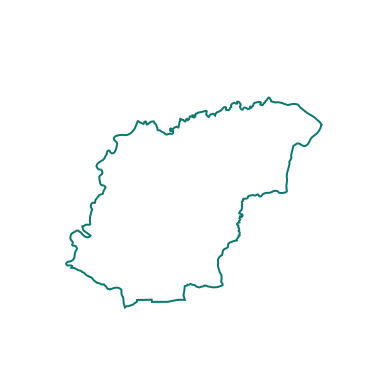 Agua De Dios, Cundinamarca, Colombia, rotated 321°
{"feature_id": "7082276B68693842592572", "entity_name": "Agua De Dios", "entity_type": "district", "adm_level": 2, "iso_a3": "COL", "parent_name": "Colombia", "parent_adm1": "Cundinamarca", "projection": "mercator", "projection_center": [-74.665, 4.372], "detail": "fine", "context": "isolated", "style": "outline", "palette": "teal", "viewbox_px": 384, "rotation_deg": 321, "n_neighbors": 0, "source": "geoboundaries", "source_scale": "gbopen_adm2", "svg_char_len": 6069}
<svg xmlns="http://www.w3.org/2000/svg" viewBox="0 0 384 384"><g transform="rotate(321 192 192)"><path d="M335.2,221.2L335.0,220.4L335.3,218.4L334.1,210.8L331.2,202.9L330.6,200.1L329.3,194.4L329.4,190.9L328.4,189.5L326.7,187.7L324.5,186.3L321.3,184.9L318.6,180.8L318.4,180.0L316.3,177.4L314.9,176.0L313.3,175.0L312.7,174.4L310.6,171.3L311.2,170.2L311.5,168.2L311.5,167.5L311.1,167.0L310.2,166.9L307.4,167.7L306.3,167.7L304.8,168.4L303.5,168.2L302.7,168.7L301.5,168.8L300.4,168.0L300.3,167.4L300.3,166.8L300.6,166.5L301.7,166.1L301.6,165.2L301.0,164.3L297.1,162.2L295.6,162.1L293.6,163.4L293.2,163.5L292.7,163.3L291.4,163.8L291.2,163.8L291.2,162.6L291.0,162.3L290.6,162.4L289.7,163.4L287.8,163.0L287.5,162.8L287.1,160.9L286.3,159.7L285.6,159.3L284.9,159.3L283.2,159.8L282.6,159.4L282.4,159.0L282.3,157.9L283.0,155.7L284.5,155.1L285.1,154.2L285.1,151.8L284.9,151.2L284.2,150.4L283.8,150.3L283.0,151.5L282.8,151.6L281.5,150.8L281.2,149.6L280.8,149.1L279.5,148.8L278.0,148.8L276.9,149.1L276.1,150.7L274.7,150.6L273.7,151.2L272.2,151.5L270.8,150.4L270.2,149.5L270.3,149.0L271.4,148.1L271.5,147.6L271.3,146.9L270.3,146.3L268.9,146.3L267.4,146.7L265.8,146.8L263.5,146.5L262.0,145.9L260.9,145.8L259.8,146.0L258.1,147.1L257.9,144.8L256.7,143.9L255.1,143.4L254.2,143.5L252.8,144.2L252.1,144.1L251.9,143.8L251.8,140.8L252.5,139.9L254.2,138.7L254.2,138.0L253.7,137.5L250.1,136.0L247.0,134.3L246.2,134.1L245.2,134.2L244.5,133.6L243.8,133.6L242.2,135.3L241.8,135.4L241.6,135.0L241.5,133.7L240.6,132.7L240.3,133.0L240.8,134.7L240.8,135.1L240.5,135.3L240.1,134.8L239.5,133.5L238.7,132.5L237.9,132.0L235.7,133.5L235.0,133.6L234.1,133.5L234.4,132.8L234.3,132.1L232.8,132.0L231.8,132.8L230.9,132.8L230.6,132.4L230.5,130.5L229.5,129.4L229.3,128.2L229.0,127.8L228.5,128.0L227.9,129.0L226.6,129.5L222.5,133.0L221.8,133.2L221.6,133.0L221.2,131.6L218.6,130.8L216.7,131.2L216.2,130.6L215.5,129.3L215.0,129.1L213.8,130.2L213.6,130.9L214.2,131.5L215.6,132.1L215.7,132.6L214.3,134.3L213.0,134.3L211.6,132.7L208.5,131.5L207.5,129.7L207.4,128.2L206.3,125.7L206.1,124.4L204.4,122.5L204.4,121.7L205.6,120.1L205.6,119.2L206.4,117.5L206.5,116.2L206.1,114.8L206.7,113.9L206.7,113.2L205.5,112.1L203.5,111.4L200.1,111.5L199.4,111.2L199.4,110.6L200.4,108.8L200.4,108.1L199.2,107.5L197.7,108.5L197.0,108.5L195.6,105.6L194.7,103.0L194.4,102.8L189.6,105.5L186.7,106.9L183.4,107.6L180.8,107.7L178.6,107.2L176.7,106.5L173.9,103.8L170.8,101.7L167.6,100.5L166.4,100.5L165.4,100.8L164.8,101.3L164.3,102.3L164.7,105.9L164.3,107.4L159.7,111.1L157.7,112.0L156.3,112.4L155.1,112.2L154.1,111.7L153.5,110.0L153.9,108.3L153.8,107.7L152.2,107.0L151.1,107.5L149.0,109.2L147.5,109.6L145.7,110.6L143.0,111.1L138.6,110.4L136.1,110.6L135.1,111.0L133.9,112.0L133.5,114.0L133.6,115.4L135.3,117.4L135.5,118.2L135.3,119.0L134.6,120.6L133.4,121.4L130.5,121.4L129.6,121.8L128.1,123.7L125.9,128.0L125.8,129.1L126.3,130.0L127.7,131.8L127.9,132.7L127.7,134.1L124.0,135.5L121.4,137.3L120.8,137.2L119.3,136.3L117.9,136.0L111.7,137.6L109.9,139.3L109.2,139.1L108.6,138.2L108.0,137.8L106.6,137.8L106.0,138.1L105.2,138.5L104.2,139.6L103.8,140.4L103.5,142.8L100.7,144.4L99.6,145.5L97.8,146.6L94.7,149.8L92.8,152.9L92.3,153.1L91.8,153.0L89.9,151.3L88.5,150.5L86.4,150.3L85.2,149.7L83.8,152.6L83.6,154.1L85.7,161.7L85.7,162.1L85.3,162.3L84.5,162.3L82.8,161.8L81.2,160.2L80.4,158.0L80.1,153.7L79.2,150.2L78.3,149.6L76.9,149.3L73.0,148.7L71.5,148.8L69.7,149.9L68.2,151.7L67.9,152.4L67.8,156.1L65.7,157.5L65.6,158.5L67.2,160.2L67.5,160.8L67.4,162.7L67.0,163.7L63.6,165.1L61.0,167.2L60.1,168.3L58.3,169.5L56.4,169.8L55.1,169.7L53.2,169.1L52.4,168.5L51.2,168.1L50.0,168.1L49.3,168.4L48.8,169.0L48.7,169.8L49.1,170.8L51.0,172.3L52.0,173.4L52.3,174.1L51.6,174.8L50.6,175.0L52.7,177.0L54.4,181.1L56.2,183.6L56.3,185.2L57.3,186.8L57.4,188.9L58.0,191.4L58.8,192.4L58.8,193.4L59.8,194.5L60.2,195.7L60.1,199.3L61.1,202.8L62.6,204.8L63.5,206.8L65.5,208.5L65.4,210.1L65.8,211.2L65.5,213.2L65.7,214.5L66.4,215.2L66.7,215.9L71.8,217.9L72.9,218.6L74.6,220.2L75.4,222.3L75.5,223.7L72.9,227.1L72.5,228.3L72.2,230.1L71.7,231.4L69.0,235.3L67.2,239.5L68.2,239.4L69.2,239.6L71.2,240.9L75.5,242.4L77.2,242.3L79.8,242.6L80.4,242.4L81.2,241.3L92.9,250.3L91.7,252.2L103.3,261.5L104.2,262.2L108.9,264.6L113.4,267.1L118.6,271.3L120.2,267.2L121.0,266.3L123.6,264.2L127.1,260.6L129.3,261.6L130.1,261.2L131.0,262.1L133.0,262.5L133.8,264.1L135.5,266.1L135.8,266.9L135.7,267.9L137.7,270.8L138.2,271.1L139.3,271.2L141.0,272.3L142.7,272.5L143.9,273.6L144.8,275.2L148.1,279.1L151.0,281.4L153.6,282.6L155.9,283.4L157.3,283.5L157.9,282.7L158.1,280.3L161.0,277.3L162.5,275.3L163.1,271.7L165.2,266.7L166.1,265.0L167.3,264.1L169.8,260.7L172.8,259.7L174.5,259.7L175.5,260.0L176.8,259.2L178.4,257.6L179.7,256.8L181.8,256.8L183.7,257.4L185.2,257.4L187.6,255.1L189.6,255.1L193.8,256.5L196.3,257.8L196.4,257.2L196.9,256.9L199.9,256.3L200.4,255.5L201.7,255.8L202.2,254.7L202.8,254.4L203.5,253.6L203.8,252.4L203.7,251.5L204.8,251.3L205.4,250.5L205.4,249.7L205.9,249.2L205.9,248.2L207.0,247.2L206.5,246.3L206.8,245.3L208.2,244.9L209.7,245.5L210.2,244.1L210.5,244.0L211.0,244.2L212.2,243.7L212.3,242.3L213.9,241.2L214.6,242.5L215.5,241.6L215.8,241.9L215.9,242.4L216.3,242.4L216.7,241.8L216.9,241.0L215.5,238.8L215.3,238.1L217.8,237.1L218.7,237.1L219.9,236.6L221.2,235.6L222.3,233.8L223.5,232.9L224.3,231.2L224.8,230.9L226.1,231.0L227.0,229.7L227.9,229.7L228.7,230.5L230.9,231.7L231.7,231.6L232.8,230.7L234.5,231.1L236.8,232.3L237.6,232.9L238.9,234.6L240.6,234.9L241.7,235.3L241.8,236.0L241.5,237.0L241.8,238.1L242.3,238.5L243.3,238.8L245.6,238.3L247.3,238.6L249.5,239.6L251.8,241.4L254.1,242.3L255.8,242.5L256.6,242.8L258.9,244.8L259.1,245.3L259.1,247.1L259.7,248.1L261.9,249.9L264.3,251.1L265.1,251.3L266.1,251.2L269.1,246.7L273.5,242.5L275.0,240.0L277.1,237.7L285.3,231.7L286.7,229.7L289.0,228.9L290.8,228.0L292.1,225.9L299.7,220.0L304.2,220.4L305.4,221.4L306.2,222.8L306.6,224.3L307.3,225.6L307.5,226.5L308.4,227.2L310.0,227.7L311.3,227.8L313.2,227.4L317.9,225.4L319.7,225.0L326.1,225.1L329.0,224.4L332.2,223.1L333.6,221.9L335.2,221.2Z" fill="none" stroke="#0f766e" stroke-width="2"/></g></svg>